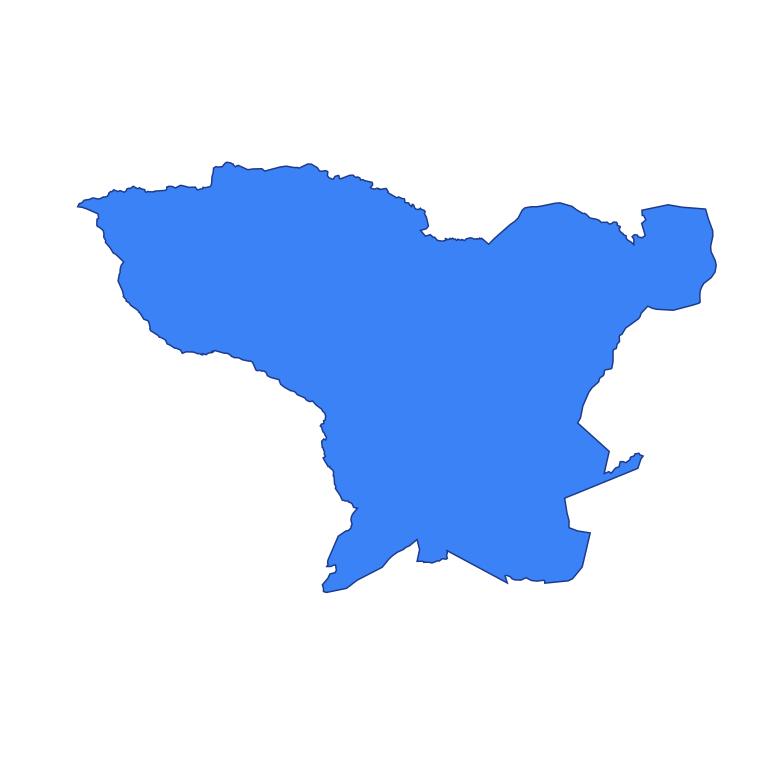 San Gabriel Chilac, Puebla, Mexico, rotated 95°
{"feature_id": "50627088B95870505229303", "entity_name": "San Gabriel Chilac", "entity_type": "district", "adm_level": 2, "iso_a3": "MEX", "parent_name": "Mexico", "parent_adm1": "Puebla", "projection": "natural_earth1", "projection_center": [-97.386, 18.312], "detail": "fine", "context": "isolated", "style": "filled", "palette": "blue", "viewbox_px": 768, "rotation_deg": 95, "n_neighbors": 0, "source": "geoboundaries", "source_scale": "gbopen_adm2", "svg_char_len": 6153}
<svg xmlns="http://www.w3.org/2000/svg" viewBox="0 0 768 768"><g transform="rotate(95 384 384)"><path d="M549.0,170.6L514.4,165.6L513.5,178.3L511.0,187.2L504.3,187.7L496.3,190.5L482.0,194.1L445.9,123.8L436.2,121.5L433.2,119.6L432.2,123.0L430.8,124.0L431.7,127.8L433.8,128.5L435.5,132.1L437.9,132.4L441.3,136.2L440.5,139.1L440.8,141.9L445.9,142.6L447.5,146.0L453.2,150.0L451.7,152.2L454.0,156.9L431.5,153.8L405.9,187.7L400.7,185.3L388.7,184.0L374.3,179.2L369.8,176.6L363.1,170.3L360.3,169.9L358.7,169.1L356.9,166.6L355.3,165.7L351.4,165.6L350.6,164.7L349.1,159.2L348.3,158.4L341.5,157.8L331.5,158.7L329.8,158.4L328.3,155.7L323.9,155.2L321.2,153.1L315.9,153.8L315.1,153.4L313.7,151.3L307.3,148.2L296.8,136.1L294.3,134.7L291.3,134.1L283.5,128.0L285.1,123.5L285.8,119.0L285.3,102.3L278.2,82.5L276.0,77.2L274.9,76.2L268.7,77.1L263.7,77.1L260.2,76.2L255.9,74.2L249.5,67.3L243.7,64.0L236.9,63.4L232.1,64.8L223.5,69.8L218.5,70.6L207.8,69.3L202.4,70.0L191.6,75.1L181.7,78.9L181.9,102.3L180.7,116.6L188.4,142.2L193.6,141.4L193.5,140.1L197.6,137.4L201.6,141.3L213.3,136.7L215.8,139.6L215.3,143.6L213.6,144.5L213.4,147.6L215.6,149.7L218.0,147.7L223.4,147.3L220.9,150.5L219.3,154.0L217.5,155.5L215.3,155.7L214.3,158.6L213.4,158.9L212.1,161.3L210.4,162.9L208.1,163.2L207.9,162.5L206.6,162.4L205.5,165.5L203.9,165.5L202.6,166.5L202.7,169.7L204.2,170.8L205.1,173.4L203.4,175.7L204.1,181.7L202.3,183.8L201.4,186.4L200.7,193.3L197.2,197.5L196.5,199.5L196.9,200.5L193.7,207.4L190.7,212.1L188.2,224.6L189.1,229.6L193.1,242.9L194.2,247.8L194.5,252.2L196.2,258.9L198.7,261.4L206.9,264.8L210.7,268.0L213.9,271.9L229.3,286.6L235.7,291.9L230.7,298.8L230.4,299.9L231.0,300.3L230.4,301.5L231.1,301.7L231.4,303.0L231.0,303.6L231.8,305.7L230.8,310.6L232.2,314.6L234.1,316.3L233.2,319.0L234.1,319.9L233.3,323.1L234.5,323.6L234.6,324.5L233.4,325.4L233.6,326.6L232.8,328.5L233.7,329.4L233.2,331.0L234.0,331.3L234.7,333.6L234.0,334.1L233.8,335.5L235.6,335.2L236.6,338.3L236.3,343.3L233.4,346.3L233.6,347.8L231.2,350.9L233.1,355.6L227.8,361.0L225.7,355.4L222.7,353.5L214.4,356.2L210.5,358.6L208.7,358.0L207.3,359.4L206.9,361.8L205.7,363.1L207.2,364.8L207.0,367.4L206.1,368.7L203.2,370.0L202.6,370.9L202.6,371.5L204.8,372.0L203.2,374.2L201.5,375.2L201.5,378.8L197.8,379.8L197.6,382.3L196.4,385.7L197.4,387.6L193.0,396.8L191.8,396.7L189.0,398.9L190.7,405.7L189.9,405.7L189.5,407.8L190.6,410.1L190.4,412.9L189.4,414.8L187.1,412.8L185.4,412.8L184.1,413.6L183.1,420.9L182.3,422.8L182.7,425.0L180.8,426.1L180.0,428.3L180.8,430.1L178.6,433.2L179.1,436.3L183.4,445.2L183.1,446.2L180.3,447.2L180.4,448.2L181.5,451.0L184.2,452.3L184.3,453.8L183.3,456.7L181.6,458.5L177.5,458.5L176.8,459.6L176.6,461.3L177.5,464.2L177.4,466.8L174.3,469.3L171.3,475.6L171.5,479.2L176.4,487.5L175.9,488.7L176.2,492.4L175.5,500.4L177.0,506.8L182.3,521.4L180.2,524.4L181.2,533.3L182.4,538.4L178.9,548.2L179.7,550.0L180.6,550.7L179.7,552.4L178.1,553.5L177.2,555.9L176.8,559.2L177.0,560.5L178.0,561.6L181.7,564.2L182.4,568.7L182.1,570.4L183.8,572.6L188.5,572.6L192.3,573.4L198.9,573.2L201.3,573.6L202.5,574.4L204.0,579.1L203.9,581.5L205.0,581.5L206.9,586.7L204.3,589.2L205.1,595.4L203.8,603.1L204.1,604.6L206.9,608.8L205.7,612.1L205.8,615.5L206.7,617.5L208.9,617.5L210.1,618.4L211.9,629.4L212.6,629.9L213.0,634.6L212.7,636.0L213.8,637.7L213.0,638.8L211.2,639.3L210.9,642.2L209.8,644.7L211.0,646.4L208.9,651.1L211.2,653.5L211.4,655.9L212.1,657.1L214.1,657.7L215.6,659.4L214.4,663.6L215.4,666.0L214.1,670.2L216.1,671.7L216.1,673.1L218.0,674.9L219.0,674.8L221.1,676.0L222.2,678.4L222.1,679.8L224.3,683.2L224.6,684.9L224.0,690.3L225.8,693.6L227.0,698.6L230.1,701.0L230.6,702.9L231.3,703.0L231.4,703.6L234.1,704.6L234.3,700.1L235.6,694.9L239.4,683.8L243.6,682.7L244.9,684.3L250.9,683.9L252.1,683.1L252.5,681.5L255.4,677.2L258.0,676.2L262.3,675.9L265.4,673.7L267.1,673.9L272.1,668.8L277.2,665.0L278.1,662.6L285.0,654.0L288.6,656.1L292.2,656.8L296.6,656.7L297.9,657.3L304.5,657.9L314.1,652.6L318.2,651.2L319.7,651.3L322.3,648.3L323.9,648.0L325.3,645.1L327.7,643.2L332.3,635.2L333.7,634.6L334.8,633.1L340.4,628.9L341.5,624.7L344.1,623.2L348.3,621.9L349.5,622.1L351.2,621.2L355.3,613.3L356.9,612.0L357.3,609.7L359.2,605.6L363.0,603.4L363.8,600.8L366.5,595.7L366.6,593.6L368.0,589.6L371.0,587.6L369.2,584.0L368.8,577.6L369.2,574.6L370.1,572.2L369.8,570.0L370.7,568.6L370.7,567.1L369.5,567.3L370.3,563.8L368.5,561.7L367.6,557.7L367.1,557.2L366.9,558.3L366.2,558.2L366.3,556.3L365.4,555.5L367.3,545.4L367.0,544.3L367.4,541.9L369.0,538.8L369.6,538.7L370.8,535.3L370.5,531.1L372.2,527.1L373.0,520.5L372.7,519.1L373.7,516.9L381.2,512.8L381.8,511.6L381.2,508.9L381.8,507.2L381.5,504.7L382.8,502.5L385.9,500.9L387.4,497.2L388.8,489.0L393.2,487.0L396.0,482.8L398.9,476.2L398.8,474.7L399.8,471.7L402.2,469.4L404.7,461.8L406.5,460.2L407.4,458.5L408.0,456.4L407.2,453.6L410.8,449.9L414.6,443.8L416.5,442.7L418.3,440.3L421.3,439.3L425.0,439.4L425.8,441.0L428.7,440.5L429.4,442.9L431.4,443.8L432.2,442.6L436.8,440.7L438.6,438.8L440.2,438.3L442.1,436.6L444.8,437.2L444.0,439.2L446.5,441.1L452.7,440.0L453.2,438.9L454.8,438.6L456.5,437.4L459.2,437.4L461.1,435.9L463.0,438.2L471.2,432.4L471.0,430.8L472.1,430.7L474.0,427.9L475.6,426.6L480.1,426.5L480.6,425.7L488.2,424.5L490.0,423.0L492.3,423.3L499.1,417.8L503.2,415.6L503.9,412.1L503.7,409.9L504.8,408.7L505.2,406.7L506.3,405.2L509.5,403.5L510.1,399.7L515.6,403.5L518.7,404.8L522.3,405.1L527.0,403.5L527.7,404.2L530.3,404.4L533.0,406.6L533.7,409.1L539.6,416.3L564.4,424.5L567.3,424.6L568.4,423.9L570.8,425.1L570.4,421.0L569.0,418.7L568.5,416.5L573.8,415.2L576.2,416.4L578.0,421.4L582.3,422.9L589.5,427.9L592.5,426.6L596.0,426.2L596.7,423.2L590.8,403.5L581.8,393.7L566.7,369.8L557.6,363.6L554.2,360.5L550.5,356.2L547.3,350.5L544.6,347.7L543.0,344.6L536.0,337.5L545.9,334.1L557.8,335.6L557.3,331.3L557.4,328.9L558.2,328.8L557.6,323.8L558.1,320.6L555.4,315.0L555.6,313.6L553.0,310.7L553.1,306.8L552.2,305.7L549.6,306.7L546.2,306.2L544.5,306.7L571.5,243.8L564.6,246.7L563.9,245.4L564.9,241.5L566.9,239.4L567.7,236.8L567.4,230.4L564.6,225.7L566.9,220.0L567.0,214.2L565.6,208.0L565.9,206.9L568.4,206.5L564.0,183.3L561.6,179.2L549.0,170.6Z" fill="#3b82f6" stroke="#1e3a8a" stroke-width="1.5"/></g></svg>